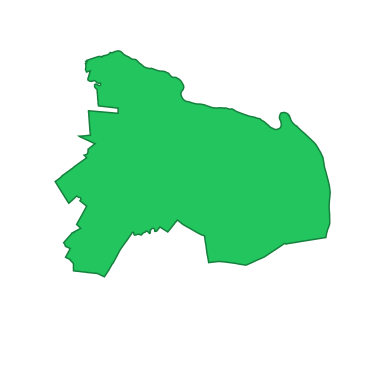 Pecica, Arad, Romania (Robinson projection), rotated 198°
{"feature_id": "2599482B59878400155877", "entity_name": "Pecica", "entity_type": "district", "adm_level": 2, "iso_a3": "ROU", "parent_name": "Romania", "parent_adm1": "Arad", "projection": "robinson", "projection_center": [21.086, 46.219], "detail": "fine", "context": "isolated", "style": "filled", "palette": "green", "viewbox_px": 384, "rotation_deg": 198, "n_neighbors": 0, "source": "geoboundaries", "source_scale": "gbopen_adm2", "svg_char_len": 6048}
<svg xmlns="http://www.w3.org/2000/svg" viewBox="0 0 384 384"><g transform="rotate(198 192 192)"><path d="M223.0,276.8L225.5,276.4L227.2,276.7L229.3,277.6L231.4,279.5L232.6,281.2L233.2,283.5L232.1,286.9L232.1,288.8L232.7,290.3L234.5,292.2L236.7,294.1L238.6,295.1L242.5,296.0L243.6,295.8L244.8,295.4L246.1,295.1L247.3,295.5L248.9,296.2L250.9,297.7L252.8,297.7L254.1,298.1L255.7,298.1L256.4,298.0L260.4,297.0L263.5,296.9L265.6,297.0L268.8,297.1L269.8,296.5L273.4,296.0L276.2,296.2L277.4,296.7L279.9,297.8L280.7,297.9L281.6,298.2L282.4,298.6L284.1,299.6L286.2,300.5L287.8,300.4L289.8,299.8L292.4,300.4L294.1,300.9L296.2,301.1L298.4,301.5L299.6,301.8L300.6,302.5L302.8,303.5L304.4,303.6L305.6,303.5L308.0,302.2L310.0,300.7L310.7,299.7L312.9,299.4L313.6,297.5L315.6,295.7L317.8,294.5L319.5,293.1L318.4,292.8L322.2,292.3L325.0,290.4L332.7,284.7L332.0,283.8L333.4,283.3L332.2,281.9L333.0,281.3L332.5,280.7L332.3,279.8L331.7,278.9L331.1,275.4L329.3,273.5L326.1,275.8L326.0,267.7L325.7,266.6L325.6,266.4L325.1,266.2L324.3,266.0L323.5,265.8L322.8,266.0L321.8,266.1L321.4,266.3L319.9,267.5L319.5,267.7L319.2,267.8L318.8,267.8L318.4,267.7L317.1,267.1L316.8,266.8L316.6,266.7L315.3,266.6L314.6,266.6L313.8,266.8L313.1,267.3L312.8,267.3L312.2,266.7L312.1,266.3L312.0,265.4L312.6,264.6L313.1,264.5L313.7,264.6L314.8,264.7L316.0,264.9L317.0,264.8L317.2,264.6L317.5,264.5L317.8,264.0L317.6,263.7L317.6,263.3L317.2,262.1L316.9,261.7L315.3,260.7L315.1,260.6L314.4,260.4L314.1,260.3L313.8,259.7L313.2,258.5L313.2,258.1L312.4,256.3L312.1,255.7L310.6,252.0L310.6,251.7L309.9,250.2L309.6,250.0L308.7,247.5L308.7,247.0L308.5,246.9L308.2,246.3L307.5,245.0L288.2,248.9L286.6,244.0L315.5,237.3L315.2,236.1L314.9,235.6L314.5,235.0L313.6,232.5L312.2,229.1L308.0,218.7L306.1,214.5L308.2,213.8L309.4,213.2L311.5,212.2L316.6,210.2L315.6,209.9L306.1,208.8L302.3,208.3L299.1,208.0L300.2,206.5L302.9,202.2L304.1,200.5L303.5,199.0L303.3,197.5L303.3,196.3L304.1,194.8L306.0,193.7L302.8,192.0L304.7,189.3L306.0,187.6L308.2,184.6L312.3,178.9L312.3,178.6L320.7,167.1L320.7,166.5L321.6,165.2L321.8,164.9L321.9,164.3L322.9,163.1L322.9,162.9L325.4,159.7L323.0,157.7L319.7,154.9L309.0,145.9L305.7,143.2L303.3,147.3L301.8,150.1L300.4,152.5L298.0,151.9L296.6,152.2L296.2,152.0L295.3,150.8L295.9,149.0L293.8,148.2L287.8,146.0L289.6,136.2L291.0,129.2L291.7,125.5L286.6,123.1L292.1,117.3L291.9,117.1L293.6,115.8L293.7,115.0L297.3,106.7L298.4,104.0L297.5,103.5L296.8,102.9L295.5,101.2L290.3,100.6L292.1,90.8L286.9,90.1L286.8,89.6L284.0,88.1L282.7,87.4L281.7,84.5L281.6,83.9L280.3,80.4L277.4,81.0L275.6,81.4L273.6,81.8L271.4,82.2L269.4,82.7L266.9,83.1L262.7,84.0L258.5,84.9L257.3,85.1L256.5,85.3L254.8,85.0L252.8,84.8L251.0,84.5L249.1,84.3L249.0,84.8L248.6,86.2L248.2,87.6L246.7,93.2L246.6,94.2L246.0,96.8L245.9,97.7L245.7,98.5L245.5,99.1L245.4,99.3L245.2,99.6L244.5,103.1L243.9,106.6L243.5,108.6L243.2,110.7L242.8,112.9L242.4,115.0L242.3,115.5L240.3,121.8L239.7,123.8L239.6,124.3L239.3,124.7L236.2,135.1L235.9,135.5L235.6,135.5L235.2,135.3L234.9,135.3L234.7,135.1L234.3,134.0L233.9,133.5L233.2,133.3L232.7,133.5L232.1,133.8L231.0,134.7L230.5,135.0L230.1,135.2L229.9,135.3L228.1,135.4L227.3,135.4L227.0,135.4L226.7,135.8L225.9,137.7L225.3,138.5L224.1,139.3L224.0,139.5L223.5,140.7L223.3,140.8L223.1,140.9L221.5,140.6L221.1,140.3L219.8,139.5L219.3,139.6L219.1,139.9L219.1,140.4L219.2,140.6L219.7,141.3L219.5,141.8L219.5,142.1L219.5,142.3L219.6,142.5L219.9,142.7L218.8,144.8L218.7,145.0L217.9,145.3L217.3,145.5L216.9,145.5L216.5,145.2L216.1,145.0L215.9,144.8L215.8,144.7L215.6,144.1L215.5,143.4L215.4,143.2L215.2,143.1L214.6,143.2L213.5,143.9L212.7,146.1L212.0,147.9L211.7,148.8L206.7,147.5L203.5,146.7L202.7,146.5L201.9,148.5L201.2,150.4L200.6,151.9L199.8,154.2L199.1,155.9L198.6,157.6L197.8,159.2L197.3,160.9L195.4,160.2L194.2,159.7L190.8,158.4L185.8,157.3L184.0,157.0L180.7,156.3L178.7,155.9L175.7,155.2L172.3,154.6L170.8,154.3L169.6,154.2L168.4,154.2L167.3,154.2L166.5,154.2L165.7,152.6L165.4,151.9L165.1,151.1L164.4,149.8L163.9,148.6L163.2,147.4L162.3,145.8L160.5,141.9L158.5,137.7L157.3,135.7L156.3,133.8L155.3,131.9L154.3,130.0L150.1,132.0L148.2,132.8L145.1,134.2L144.8,134.3L139.8,135.5L138.1,135.8L130.1,137.3L126.8,137.8L126.5,137.8L123.4,138.2L120.0,138.8L118.1,139.1L114.2,142.5L112.5,144.1L109.1,147.3L105.9,150.1L103.3,152.4L101.6,154.5L98.4,158.6L93.6,164.6L91.4,167.4L89.7,169.6L87.9,171.9L86.5,171.5L86.3,171.7L84.2,172.9L79.4,175.3L73.9,178.2L50.6,190.1L50.9,191.8L51.1,193.4L51.3,195.6L51.4,198.7L51.2,199.9L51.2,200.5L51.2,203.5L51.2,204.2L51.7,205.9L52.2,207.4L53.3,210.5L54.2,213.2L55.7,216.9L56.6,219.0L57.6,222.3L58.7,226.5L59.6,230.8L60.5,234.4L63.4,240.6L64.2,241.9L65.6,244.2L66.4,245.5L71.2,252.9L73.4,256.1L74.4,257.9L75.9,261.0L78.3,265.5L82.0,269.4L88.6,275.2L90.8,276.6L96.6,279.4L102.7,282.3L107.0,284.1L112.2,286.6L112.7,287.1L113.4,287.1L114.6,287.4L115.5,287.8L116.1,288.1L117.2,288.7L118.0,289.1L119.4,290.2L120.2,291.1L120.6,291.5L121.2,292.4L121.7,293.0L122.2,293.6L122.9,294.1L122.9,294.6L123.6,295.1L124.2,295.2L124.3,295.4L124.6,295.7L125.1,295.9L125.9,296.1L126.7,296.2L127.4,296.2L128.2,296.2L129.5,296.0L130.2,295.4L130.6,295.3L131.3,295.0L131.6,294.7L132.0,294.1L132.0,293.4L132.1,292.8L132.2,292.3L132.0,290.5L131.9,289.8L131.6,289.1L130.9,288.2L129.6,286.9L128.5,285.0L127.9,283.6L127.6,282.4L127.7,281.4L127.8,280.7L128.5,279.4L129.4,278.6L130.7,277.7L131.9,277.2L132.7,277.2L133.6,277.2L135.0,277.5L137.4,277.7L137.6,278.0L138.3,278.0L139.8,279.0L142.2,279.9L144.0,280.7L145.6,281.3L147.5,281.6L149.3,282.3L149.7,282.6L150.8,282.6L151.4,282.5L152.7,282.3L156.2,282.4L159.9,281.9L162.5,281.8L164.7,281.9L166.9,281.9L172.5,282.2L174.8,282.3L177.5,283.0L178.1,283.2L179.3,283.3L180.2,283.2L181.0,282.8L182.0,282.2L183.1,282.4L185.0,282.4L186.6,282.1L187.1,281.6L187.7,281.7L191.8,280.6L194.2,279.6L196.6,278.9L199.0,278.5L200.3,278.5L202.6,278.6L203.0,278.5L203.5,278.6L204.5,278.5L206.0,278.7L207.4,278.7L209.7,278.4L211.1,278.2L212.3,277.9L213.6,277.5L214.6,277.2L218.4,276.8L223.0,276.8Z" fill="#22c55e" stroke="#15803d" stroke-width="1.5"/></g></svg>